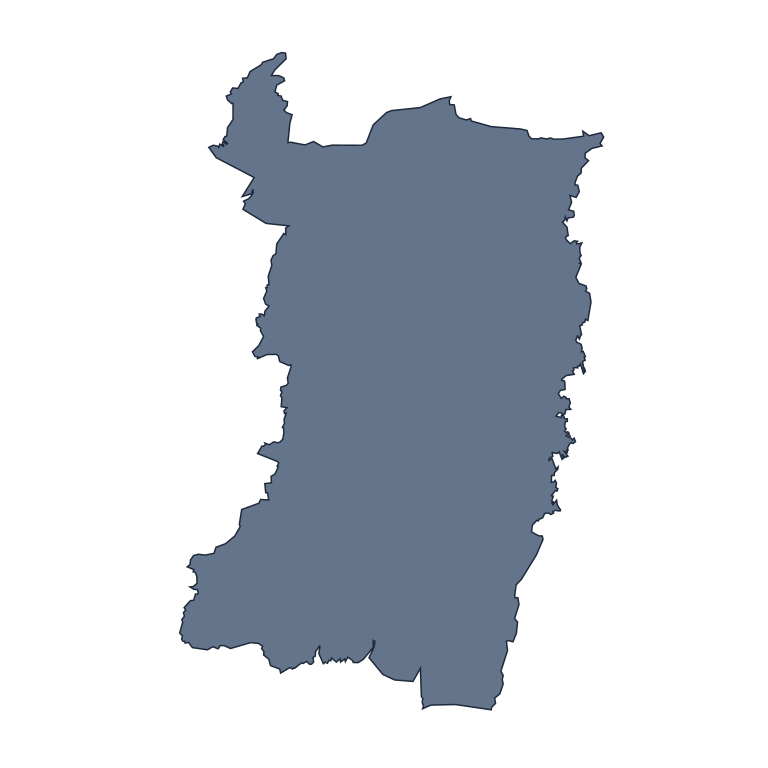 Ramallah & Al Bireh, West Bank, Palestine, rotated 96°
{"feature_id": "87354302B37341560226836", "entity_name": "Ramallah & Al Bireh", "entity_type": "district", "adm_level": 2, "iso_a3": "PSE", "parent_name": "Palestine", "parent_adm1": "West Bank", "projection": "orthographic", "projection_center": [35.194, 31.945], "detail": "fine", "context": "isolated", "style": "filled", "palette": "slate", "viewbox_px": 768, "rotation_deg": 96, "n_neighbors": 0, "source": "geoboundaries", "source_scale": "gbopen_adm2", "svg_char_len": 6147}
<svg xmlns="http://www.w3.org/2000/svg" viewBox="0 0 768 768"><g transform="rotate(96 384 384)"><path d="M696.8,243.3L694.3,243.2L690.0,239.7L684.8,241.1L680.0,236.4L669.9,234.1L665.7,235.5L661.4,235.0L657.4,237.7L636.0,233.3L627.0,235.4L626.1,233.4L626.9,228.8L618.2,226.3L606.8,226.3L603.6,229.6L589.1,226.7L582.6,228.5L583.0,231.2L580.5,231.9L570.0,231.6L564.0,227.0L538.1,214.6L522.0,209.6L518.6,210.7L518.8,214.5L515.6,221.9L508.7,221.6L503.7,217.8L504.0,216.1L502.4,215.6L500.5,212.2L496.0,210.7L495.1,207.4L496.3,204.3L494.6,201.8L493.4,202.7L491.8,200.8L491.9,195.6L490.9,195.2L486.4,198.9L481.5,200.2L486.5,203.4L485.1,204.5L483.6,203.2L483.1,205.0L477.9,203.9L477.6,205.9L472.0,202.4L472.5,200.8L470.0,200.1L469.0,202.3L464.4,202.1L461.9,203.8L463.5,204.8L464.2,207.3L457.6,207.8L457.2,205.2L454.4,205.3L450.5,202.2L448.2,202.2L450.6,204.1L440.7,209.1L442.8,212.0L440.5,211.8L438.4,208.5L434.5,209.6L435.1,204.5L433.2,202.7L440.4,199.0L438.9,197.6L435.5,199.5L438.1,196.3L436.6,193.5L432.4,197.4L433.0,194.5L430.6,195.3L430.6,194.1L428.2,194.8L423.8,192.9L422.8,191.6L423.5,190.0L421.4,187.5L418.0,189.2L420.1,190.8L418.6,191.9L416.6,197.4L414.7,196.5L416.8,192.7L414.7,195.7L413.7,194.7L412.3,196.2L413.1,198.4L411.8,199.5L409.7,198.1L407.4,199.9L402.8,199.8L402.0,197.8L399.4,198.0L399.9,200.4L396.5,202.3L396.6,204.3L398.8,203.9L398.0,209.5L394.7,207.6L393.9,205.5L395.6,202.6L394.6,200.8L390.4,200.5L389.7,195.6L387.4,197.8L383.4,196.7L379.3,198.4L379.5,201.4L378.2,201.6L377.4,204.0L379.9,206.1L375.4,209.6L372.0,208.0L370.5,203.3L363.4,204.3L361.8,205.3L361.9,207.6L360.2,207.3L356.6,203.7L354.5,195.8L351.3,197.9L350.2,196.6L348.0,197.2L347.6,193.0L346.1,193.4L345.7,191.6L343.5,190.7L352.9,186.7L350.3,185.0L348.5,185.8L350.6,186.1L340.9,188.9L339.3,186.4L336.4,187.7L335.8,186.6L330.7,189.3L331.4,191.0L327.4,190.7L323.9,192.2L322.4,196.5L320.6,197.9L316.0,196.6L318.9,194.4L314.1,193.3L314.9,192.5L305.6,195.5L304.8,193.2L302.2,192.7L301.4,190.7L298.5,190.4L299.6,187.9L280.9,186.7L272.3,189.0L270.6,193.3L268.1,192.3L265.4,193.3L263.6,200.6L257.9,204.4L243.9,200.3L243.6,202.2L242.4,200.9L238.7,203.1L235.0,201.0L235.5,201.8L232.4,202.9L227.6,203.6L223.0,202.0L224.7,206.6L223.3,207.5L221.9,206.4L221.7,209.8L225.0,213.4L221.4,217.9L218.7,218.9L217.2,216.3L208.9,218.4L204.4,223.4L202.3,221.4L198.9,221.1L202.6,219.1L199.5,218.2L198.4,213.4L196.9,212.4L192.4,213.3L191.5,218.6L183.5,216.4L177.1,218.8L178.3,212.4L172.3,209.9L166.0,212.1L166.0,214.8L163.9,215.1L157.1,213.3L153.5,210.0L148.7,210.3L140.5,203.9L138.0,207.8L133.5,208.0L128.0,201.9L124.4,192.0L122.1,194.3L115.5,191.3L111.5,194.3L115.6,206.0L111.8,212.7L116.7,211.4L117.2,213.5L121.7,231.7L122.8,240.5L121.9,244.1L123.3,247.9L122.8,253.8L124.0,255.7L124.7,262.9L122.1,265.9L116.9,268.2L116.1,275.0L116.8,304.4L113.3,324.7L111.0,325.6L112.8,329.8L111.4,337.2L108.4,340.6L99.1,343.3L99.2,347.9L95.3,348.7L91.3,347.5L94.6,358.0L105.3,376.8L111.3,405.1L113.7,409.8L127.4,421.8L146.2,426.9L148.9,430.9L151.9,460.7L154.6,469.6L150.2,479.4L154.5,487.5L153.3,502.0L154.0,504.8L134.5,504.9L125.8,503.5L124.3,509.3L122.2,512.2L117.4,509.4L113.2,509.5L112.4,514.5L108.4,516.4L108.0,519.9L106.3,519.6L105.0,523.0L97.9,521.9L92.8,514.5L90.1,515.6L88.3,520.8L89.0,528.3L82.9,525.3L70.8,515.3L65.2,516.5L65.1,520.3L67.4,525.1L72.0,527.8L76.7,538.3L79.3,539.4L87.2,549.8L93.7,551.9L94.8,556.6L98.4,555.5L99.5,557.6L105.3,560.2L105.4,565.5L109.5,567.4L111.5,566.1L114.2,571.0L117.9,569.2L121.1,564.7L120.6,563.5L136.7,561.8L145.3,566.4L154.0,566.3L154.5,568.0L157.8,569.5L161.0,564.8L162.0,565.3L159.8,569.4L162.3,570.0L163.4,568.2L164.5,568.7L162.6,572.4L166.1,573.1L164.8,574.4L164.4,578.7L167.0,583.0L176.5,574.5L192.2,534.7L212.4,544.6L208.6,535.4L204.1,534.9L206.9,533.9L210.2,535.3L213.9,538.0L216.9,542.8L219.2,540.7L225.0,542.6L236.6,518.1L236.7,495.1L239.3,498.1L245.8,497.3L244.8,499.4L255.8,505.3L265.8,505.1L267.9,507.7L272.6,509.3L277.9,508.0L288.9,510.4L297.3,508.8L297.7,510.5L300.6,510.6L300.6,511.6L304.0,510.3L311.5,512.7L316.9,510.1L318.5,506.5L324.0,510.0L328.6,510.2L327.3,512.7L327.5,515.4L329.9,514.5L331.7,517.9L333.2,518.1L337.7,516.8L337.8,515.7L339.1,516.5L341.3,512.5L344.1,512.4L349.2,508.7L359.0,512.6L365.7,518.2L370.0,515.3L370.5,511.4L372.4,513.1L366.9,503.4L365.8,494.1L367.4,491.9L372.6,490.0L375.6,480.5L374.6,478.7L376.1,478.1L388.0,480.7L393.4,479.4L395.8,481.2L397.7,486.1L401.1,486.3L402.5,484.6L406.3,485.8L408.6,484.1L417.3,483.9L417.7,477.9L421.1,480.7L423.7,479.9L423.2,478.2L429.5,479.7L433.6,478.9L437.8,480.5L437.9,479.5L442.9,478.5L449.5,478.9L452.5,481.3L453.6,483.8L453.0,487.5L456.4,491.7L455.2,496.2L456.3,495.4L458.5,497.3L458.5,498.9L466.4,502.5L472.3,481.6L473.9,480.5L476.9,481.7L477.5,480.5L484.9,483.0L487.7,486.7L494.0,485.6L495.5,492.1L504.5,490.3L504.4,488.5L511.4,486.5L511.7,494.6L515.6,495.9L523.7,512.4L538.8,513.2L540.7,512.1L550.8,516.5L559.4,524.9L563.9,534.0L570.2,535.4L572.9,544.2L572.7,550.7L574.5,555.4L579.0,558.0L583.9,558.1L586.4,560.6L588.5,553.7L590.7,554.2L590.9,552.1L595.0,550.0L601.8,549.1L605.3,552.5L606.1,555.8L608.1,551.6L608.1,548.0L611.0,546.9L612.3,547.3L612.6,549.5L619.0,550.7L619.7,553.9L627.3,559.4L629.6,557.6L632.3,559.6L635.8,558.2L639.3,560.4L642.0,559.3L653.1,561.2L655.5,558.2L659.0,558.6L660.9,557.0L660.8,555.3L662.5,554.7L661.4,551.4L666.2,547.0L666.8,531.8L663.2,526.7L664.7,521.3L661.1,519.3L661.0,515.3L663.1,509.0L655.2,489.8L655.1,481.6L657.6,477.3L659.9,478.1L662.8,475.4L666.1,475.4L669.7,469.8L675.9,467.4L678.4,457.9L682.3,456.6L675.8,447.9L677.1,445.2L675.7,444.3L676.0,443.1L669.8,436.7L670.4,435.3L668.0,431.9L670.5,428.8L670.2,426.8L668.0,425.0L663.3,425.9L661.8,423.9L657.3,424.1L650.6,420.3L658.9,420.6L668.5,415.1L666.9,413.5L667.6,411.0L664.7,410.0L664.8,407.9L662.0,407.6L665.5,402.3L661.9,398.9L665.0,398.1L661.6,394.3L664.1,393.4L659.5,391.4L662.3,386.3L664.2,385.5L663.8,380.6L660.2,376.0L647.1,367.1L640.1,367.9L641.0,365.9L647.0,366.5L657.8,370.3L673.1,354.6L677.2,342.6L676.8,324.1L662.9,318.1L691.2,314.1L692.5,312.6L696.8,312.7L700.1,311.0L702.9,311.7L698.4,303.7L695.3,279.5L696.8,243.3Z" fill="#64748b" stroke="#1e293b" stroke-width="1.5"/></g></svg>